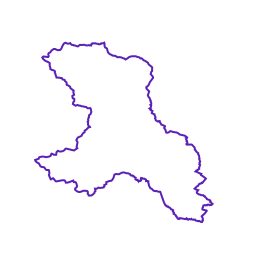 Doi Saket, Chiang Mai, Thailand (Equal Earth projection), rotated 282°
{"feature_id": "78962969B32024280119192", "entity_name": "Doi Saket", "entity_type": "district", "adm_level": 2, "iso_a3": "THA", "parent_name": "Thailand", "parent_adm1": "Chiang Mai", "projection": "equal_earth", "projection_center": [99.166, 18.932], "detail": "fine", "context": "isolated", "style": "outline", "palette": "violet", "viewbox_px": 256, "rotation_deg": 282, "n_neighbors": 0, "source": "geoboundaries", "source_scale": "gbopen_adm2", "svg_char_len": 5721}
<svg xmlns="http://www.w3.org/2000/svg" viewBox="0 0 256 256"><g transform="rotate(282 128 128)"><path d="M206.5,87.0L205.5,85.7L205.5,85.0L205.1,84.0L204.5,83.9L204.0,82.8L203.8,81.9L204.1,81.2L203.9,79.2L204.1,78.4L203.6,77.2L203.6,76.0L203.2,75.8L202.9,74.9L201.0,74.8L201.0,73.9L200.8,73.2L201.0,72.5L200.4,71.4L200.1,70.0L200.3,67.8L199.4,65.0L199.4,63.8L197.3,61.9L197.7,59.1L197.5,57.9L197.9,57.1L197.6,56.0L198.0,54.9L199.0,53.9L198.3,52.7L197.9,51.4L198.4,49.1L197.2,47.7L194.1,46.7L191.7,46.3L190.2,45.4L189.5,43.1L190.1,40.2L189.8,38.9L187.8,37.0L185.9,36.3L184.8,34.9L183.7,34.6L181.8,35.5L180.8,35.1L180.4,30.6L180.1,30.1L179.1,29.5L178.0,30.5L176.6,32.9L175.8,36.7L175.1,38.0L173.0,38.3L170.5,39.6L169.6,39.8L169.0,41.4L169.0,42.8L168.6,44.4L168.1,44.8L166.8,44.9L166.2,45.6L165.3,45.9L162.5,47.6L163.0,50.8L162.8,51.6L163.1,52.8L161.9,53.9L161.9,55.9L160.8,56.6L160.0,58.2L158.9,58.8L157.9,58.8L157.3,59.4L157.2,60.7L156.3,62.8L154.9,63.5L153.3,67.1L151.8,67.0L149.3,68.4L147.9,66.9L147.6,66.9L145.6,67.8L145.4,69.3L144.6,69.6L142.8,69.8L141.8,69.1L140.0,69.1L138.9,72.1L140.1,73.9L139.7,75.2L139.9,76.5L139.6,78.0L139.8,79.3L139.7,81.0L139.9,82.6L138.9,84.5L139.6,87.0L138.8,87.7L136.1,88.8L133.6,88.4L132.5,87.3L131.1,87.3L130.2,87.7L129.5,87.2L128.0,87.2L126.8,87.7L125.8,87.2L124.7,88.0L123.5,88.0L122.1,88.7L121.3,90.4L121.0,90.6L120.4,89.2L117.5,87.4L116.5,86.2L114.9,86.4L113.2,84.9L110.6,84.1L108.1,80.8L105.4,80.0L103.6,81.6L98.6,81.7L97.7,82.6L94.8,79.9L95.0,71.6L94.6,71.1L93.1,70.4L91.7,68.9L90.9,66.7L90.8,65.7L91.1,64.1L89.5,63.1L86.9,63.3L86.4,61.2L87.1,58.8L86.7,58.4L84.7,58.1L83.5,56.6L83.0,55.1L82.4,54.1L82.5,52.9L82.3,50.2L81.2,47.7L80.8,47.2L79.3,47.0L77.4,43.8L76.7,44.2L75.6,45.6L74.8,48.2L72.3,50.4L71.9,52.0L72.2,53.4L72.0,54.4L70.3,56.2L70.0,57.0L70.4,59.0L70.2,59.5L67.5,60.5L65.3,60.5L61.7,63.1L61.9,63.7L63.1,64.7L63.3,65.3L61.1,68.0L60.8,68.8L63.4,75.1L63.6,76.8L62.6,78.0L61.6,78.5L62.1,80.5L65.2,85.4L63.8,86.2L64.1,87.6L63.8,88.5L60.7,90.3L59.7,90.2L58.0,89.0L57.2,88.9L56.4,89.4L55.4,91.5L55.2,93.0L55.3,93.9L55.9,95.3L57.1,97.0L57.5,97.9L57.9,100.9L57.7,101.5L57.0,102.1L55.4,102.2L54.5,103.4L53.8,103.6L53.8,104.2L54.1,105.5L54.5,106.3L55.4,107.3L57.6,108.7L58.5,108.6L59.5,109.3L61.8,108.3L62.1,110.1L63.5,111.4L63.6,113.4L64.8,116.6L65.5,116.6L66.2,117.1L67.2,116.6L68.7,118.5L70.5,118.0L72.4,121.0L72.9,122.6L73.6,123.2L76.4,124.2L79.5,124.4L80.4,125.5L80.9,128.8L82.7,130.8L83.5,132.4L83.7,133.8L83.4,135.8L83.7,137.5L83.4,139.3L83.1,139.9L82.5,140.1L82.1,141.1L82.5,142.1L82.3,143.1L81.7,143.3L81.7,144.2L81.0,145.3L80.9,145.9L79.4,145.9L78.9,147.1L79.3,148.2L78.5,148.6L77.9,149.4L78.5,149.5L78.6,150.7L79.0,151.4L80.1,151.8L80.6,151.1L81.9,151.2L81.9,152.3L81.6,153.6L81.8,154.7L81.6,154.9L81.3,156.3L79.8,156.7L80.3,158.0L80.1,159.0L79.2,158.9L78.0,159.7L76.0,160.5L73.6,162.5L73.6,163.6L72.0,166.0L71.9,167.8L72.3,169.0L72.0,170.5L72.3,172.8L62.9,178.5L60.2,180.6L60.1,181.8L59.4,182.0L59.2,183.0L59.5,183.6L58.9,184.2L58.9,185.1L58.2,186.3L57.4,186.9L57.4,188.3L57.0,189.3L55.7,189.2L54.7,190.6L53.6,190.4L52.9,192.4L52.0,193.4L51.6,193.4L50.7,194.7L50.7,195.0L50.0,195.1L49.6,195.7L49.5,196.8L50.2,197.6L50.7,197.6L50.8,203.2L51.8,204.0L51.2,204.7L51.4,205.0L50.9,205.4L50.9,206.1L51.7,206.8L51.6,208.1L52.2,208.7L51.9,208.9L51.8,210.2L52.1,210.8L51.9,211.5L52.3,212.5L52.0,212.6L51.6,213.4L51.5,215.7L51.7,216.0L51.5,216.5L51.9,217.1L51.3,218.9L51.5,220.0L52.9,220.1L53.1,220.4L53.4,220.1L54.7,220.2L56.5,218.9L57.1,218.9L57.2,218.6L60.6,221.0L63.0,222.1L63.3,221.7L63.6,221.9L63.7,221.7L63.6,220.3L63.8,217.7L65.1,217.4L66.1,217.8L67.8,217.8L68.6,219.3L68.4,219.9L68.9,220.7L68.8,221.3L69.5,221.7L69.7,222.1L69.8,223.0L69.4,223.7L69.8,224.5L69.8,225.1L70.4,225.9L71.3,226.5L72.8,223.7L73.4,224.1L74.4,223.2L74.8,220.0L75.5,219.6L76.6,217.6L77.2,217.3L77.2,216.3L77.9,215.7L77.5,213.7L77.9,212.2L77.7,211.4L78.4,209.6L78.8,208.9L79.6,208.6L81.8,209.6L82.0,207.3L82.5,205.8L85.1,207.5L86.1,208.6L87.9,209.2L88.6,210.0L88.5,210.4L88.7,210.7L89.9,211.6L89.7,212.1L94.7,214.7L96.0,212.2L97.2,209.1L97.7,208.7L98.4,209.1L98.8,206.5L99.4,204.6L99.5,203.1L100.4,203.6L100.3,204.2L101.4,204.6L101.5,205.0L102.8,206.1L103.2,205.7L106.9,206.2L107.4,205.3L108.4,205.5L108.9,205.1L110.1,205.6L112.5,204.0L112.9,204.3L113.1,204.1L115.7,203.3L117.0,202.0L117.9,202.0L119.3,199.4L120.5,198.6L120.6,197.9L122.7,197.3L124.9,194.1L125.0,193.5L124.0,189.0L124.1,188.6L124.7,188.5L125.7,189.2L127.4,188.5L127.4,188.2L127.7,188.3L129.3,187.0L130.0,187.6L130.7,187.2L130.9,187.4L131.1,186.8L131.4,187.1L132.3,185.2L132.4,179.8L133.1,178.7L133.7,176.7L133.5,173.2L133.8,170.2L133.6,169.8L132.8,169.3L131.8,168.1L131.5,167.1L131.5,166.3L134.0,165.0L135.6,163.3L137.1,163.9L137.6,163.7L138.3,159.8L138.9,159.5L140.2,158.0L141.3,157.7L141.3,156.8L140.7,156.4L140.5,155.7L141.4,153.5L142.1,153.3L143.0,152.4L144.2,152.7L145.9,151.4L146.9,151.1L147.3,148.7L147.6,148.1L149.7,148.4L150.2,146.5L151.1,146.6L151.2,145.4L151.5,145.0L152.0,145.6L153.1,146.0L154.9,146.0L155.3,145.1L156.0,145.7L156.5,145.7L157.5,145.5L158.3,144.7L159.3,144.7L159.7,144.0L160.4,143.8L161.9,142.8L162.5,141.8L164.1,140.6L168.2,141.1L170.3,137.9L171.8,137.4L172.1,137.5L172.5,138.2L174.7,139.4L177.3,139.8L182.3,142.1L183.5,141.5L185.4,139.0L187.8,139.1L188.7,139.7L192.4,139.0L194.6,134.9L196.0,133.9L197.4,130.3L197.5,129.0L198.6,127.7L199.0,126.6L198.6,125.7L199.4,124.6L199.5,121.8L199.8,120.8L198.9,116.7L198.4,115.6L197.4,114.1L196.1,113.1L194.5,111.3L195.2,109.9L195.2,108.7L195.7,106.6L195.5,104.5L195.0,103.0L195.9,100.7L195.6,97.6L196.1,96.9L196.4,94.9L197.8,92.7L201.3,90.9L201.7,90.3L201.9,89.1L202.4,88.6L203.6,87.9L205.5,87.6L206.5,87.0Z" fill="none" stroke="#5b21b6" stroke-width="2"/></g></svg>